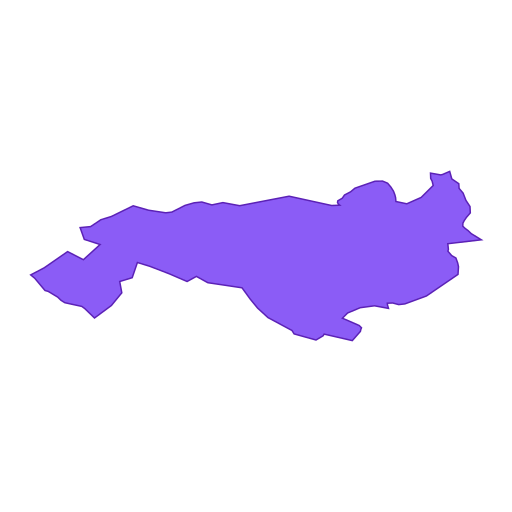 an SVG outline of Ogre
{"feature_id": "LVA-1088", "entity_name": "Ogre", "entity_type": "Municipality", "adm_level": 1, "iso_a3": "LVA", "parent_name": "Latvia", "parent_adm1": "", "projection": "equal_earth", "projection_center": [25.166, 56.846], "detail": "fine", "context": "isolated", "style": "filled", "palette": "violet", "viewbox_px": 512, "rotation_deg": 0, "n_neighbors": 0, "source": "natural_earth", "source_scale": "10m", "svg_char_len": 1531}
<svg xmlns="http://www.w3.org/2000/svg" viewBox="0 0 512 512"><path d="M440.7,174.9L442.5,174.5L449.7,171.4L451.8,178.9L458.8,183.7L459.1,188.4L463.1,193.1L465.9,200.3L470.0,206.5L470.3,212.9L466.5,217.3L464.3,220.5L462.9,223.2L462.8,226.2L465.0,228.3L468.2,230.7L471.2,233.6L481.3,239.8L447.8,243.7L448.4,249.4L447.9,251.2L451.7,255.6L455.9,258.0L457.7,263.0L458.5,266.7L458.0,274.4L426.4,296.0L404.9,303.9L398.7,304.6L392.7,303.0L387.3,303.2L387.5,305.0L388.5,308.4L374.5,305.8L360.2,307.7L347.6,313.0L342.4,318.2L359.2,325.5L361.5,327.8L360.8,329.5L360.4,331.4L352.3,340.6L324.1,334.1L323.1,335.8L316.0,340.0L304.8,336.9L294.1,333.9L292.0,330.5L268.0,317.6L257.6,308.1L250.3,299.2L242.0,287.8L225.4,285.3L207.8,282.7L196.4,276.4L187.1,281.5L169.5,273.9L149.8,266.3L137.4,262.5L132.2,277.7L119.7,281.5L121.8,292.8L111.4,305.5L94.5,318.0L84.8,308.6L81.8,306.4L73.0,304.5L64.8,302.7L61.0,300.3L57.7,297.1L48.2,291.4L45.0,290.5L34.7,278.2L30.7,274.9L44.2,267.8L67.6,251.6L83.4,259.7L100.1,244.5L84.3,239.4L80.1,227.6L90.6,226.6L100.9,219.7L111.3,216.5L133.2,205.8L148.5,210.2L165.7,212.8L171.8,212.1L185.0,205.4L194.1,202.8L201.8,202.0L211.9,204.9L222.9,202.6L239.7,205.7L289.1,196.2L331.6,205.5L339.8,205.2L338.3,203.9L337.5,202.5L337.8,200.8L342.3,198.2L344.5,195.0L350.6,191.8L354.9,188.2L375.0,181.2L382.6,181.1L387.6,183.2L390.9,187.1L393.5,191.2L394.9,194.9L395.6,197.7L395.9,201.5L406.8,203.8L421.2,197.4L433.2,185.5L432.1,181.1L430.7,178.5L430.5,173.1L440.7,174.9Z" fill="#8b5cf6" stroke="#5b21b6" stroke-width="1.5"/></svg>